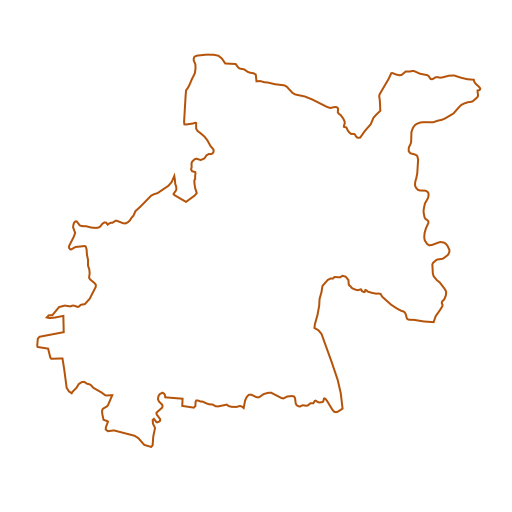 Buon Ma Thuot, Đắk Lắk, Vietnam, rotated 184°
{"feature_id": "81297802B34862108658790", "entity_name": "Buon Ma Thuot", "entity_type": "district", "adm_level": 2, "iso_a3": "VNM", "parent_name": "Vietnam", "parent_adm1": "Đắk Lắk", "projection": "natural_earth1", "projection_center": [108.009, 12.661], "detail": "fine", "context": "isolated", "style": "outline", "palette": "amber", "viewbox_px": 512, "rotation_deg": 184, "n_neighbors": 0, "source": "geoboundaries", "source_scale": "gbopen_adm2", "svg_char_len": 6034}
<svg xmlns="http://www.w3.org/2000/svg" viewBox="0 0 512 512"><g transform="rotate(184 256 256)"><path d="M74.2,202.4L72.6,208.4L68.4,215.4L66.6,218.9L66.5,220.4L67.3,221.7L67.3,223.2L67.1,223.7L65.6,225.3L64.9,226.7L63.9,229.7L63.7,232.7L64.1,234.2L65.3,236.1L70.8,242.4L73.9,244.5L77.4,248.2L78.4,251.0L79.5,260.0L78.9,261.5L76.1,264.4L74.6,265.2L70.2,266.1L68.9,266.7L65.2,269.9L64.3,271.0L63.4,273.4L63.5,275.6L65.5,279.2L66.6,280.5L67.8,281.6L69.5,282.5L72.9,282.8L74.9,282.2L80.9,279.4L83.9,278.7L86.2,280.0L88.7,283.3L89.3,285.4L89.5,287.2L89.4,290.9L88.4,295.5L86.4,300.8L86.3,301.8L86.5,302.6L87.5,303.7L89.4,304.7L90.6,306.4L91.9,311.4L92.0,313.2L91.7,316.5L91.1,320.3L88.8,325.1L88.3,326.6L88.1,328.9L88.3,330.6L89.6,332.2L91.7,333.0L97.1,332.8L99.0,333.2L101.1,335.2L102.2,337.2L102.4,339.4L102.2,342.0L101.6,344.3L100.9,349.7L101.0,363.4L102.0,366.7L102.5,367.4L104.7,368.4L109.1,369.2L110.9,371.0L111.2,374.0L110.9,375.5L109.5,378.9L109.2,381.2L109.6,390.3L108.7,393.9L108.0,395.5L106.4,397.9L104.5,399.2L101.5,400.6L98.7,401.1L88.5,401.8L84.0,403.7L80.1,404.8L77.0,406.4L68.9,412.0L64.3,418.1L61.8,421.0L59.1,422.6L55.3,424.2L52.6,424.7L50.7,425.4L46.7,429.3L45.9,430.5L45.7,432.1L46.3,434.5L46.5,436.6L44.7,437.1L44.2,437.6L44.0,438.9L46.0,440.9L48.7,442.9L50.5,445.2L51.0,447.0L57.7,447.1L64.2,448.2L70.9,449.9L76.2,449.3L83.0,447.0L85.0,446.7L87.4,447.1L89.6,446.7L91.3,445.3L92.8,444.6L94.1,444.7L96.3,447.5L97.6,448.3L105.2,449.3L110.9,451.4L112.3,451.6L115.8,450.7L119.5,450.5L123.4,446.8L125.5,446.3L128.8,446.8L132.6,448.0L133.8,447.8L136.1,441.8L143.8,426.3L144.3,424.3L143.3,419.6L142.1,409.6L146.4,404.8L148.5,402.0L150.7,395.5L156.3,388.1L160.3,381.4L162.3,381.0L163.6,381.4L164.8,382.5L165.6,383.9L166.7,384.6L169.6,384.4L171.3,385.5L173.0,387.3L174.8,390.5L177.3,391.0L177.4,391.9L176.7,394.8L177.1,396.6L178.7,399.4L181.4,402.5L183.5,403.8L184.4,405.1L184.4,408.4L184.7,409.3L185.6,409.9L186.2,410.1L188.1,410.1L192.3,408.8L195.9,409.8L210.9,416.1L218.3,418.5L228.2,419.9L230.9,421.2L237.2,427.1L239.6,428.2L249.2,428.7L256.4,429.9L259.7,429.9L263.9,430.8L267.7,430.3L268.9,437.0L271.1,438.1L275.1,438.5L277.0,439.1L281.0,441.4L285.2,441.8L286.9,442.8L289.7,446.1L300.1,445.9L303.9,450.7L307.6,453.2L312.4,453.8L319.5,453.4L328.7,451.8L330.5,451.0L331.5,450.1L331.9,448.4L331.8,446.9L329.8,442.8L329.4,438.7L329.8,433.9L332.3,427.9L334.4,421.8L335.7,418.9L337.3,416.4L337.4,411.2L337.1,384.6L336.6,382.3L335.0,382.3L328.4,383.7L326.0,384.7L325.0,384.5L324.6,378.9L323.0,376.6L320.0,374.7L315.6,371.4L312.6,368.0L309.1,362.6L305.8,359.2L305.6,356.9L306.5,355.3L308.0,354.5L310.1,354.5L312.5,352.9L314.2,349.8L317.8,347.9L322.5,348.9L324.2,348.0L326.2,345.8L326.8,344.1L326.4,339.9L326.8,337.9L325.7,336.1L322.5,335.5L322.1,333.9L322.3,332.1L322.1,328.5L322.8,327.2L322.4,323.8L321.5,319.7L319.5,314.7L321.2,312.2L329.6,305.1L341.3,310.9L342.4,311.7L342.6,312.2L340.3,316.0L340.1,317.3L340.5,319.7L341.6,322.3L342.3,326.7L343.1,330.1L345.2,324.1L348.2,320.0L358.5,311.9L362.3,310.4L364.8,308.9L375.1,296.8L379.3,292.5L381.1,287.6L383.0,285.2L384.2,282.8L386.1,280.8L388.2,279.4L390.8,279.4L397.2,281.4L398.5,281.4L401.6,279.1L402.8,279.1L404.4,278.4L406.2,276.9L407.7,278.8L409.6,278.9L411.6,277.3L413.6,274.3L415.8,273.1L418.7,272.8L422.4,272.9L427.3,273.8L432.0,273.7L433.9,274.2L437.3,278.0L438.5,278.0L439.8,276.5L440.3,274.6L440.5,271.9L438.0,266.4L439.3,262.0L443.2,252.8L443.0,251.0L441.9,249.8L440.9,249.6L436.7,252.4L427.5,254.0L426.6,253.6L425.5,251.0L424.7,245.3L423.3,240.5L422.9,234.7L421.3,230.7L420.7,226.8L421.0,223.5L420.8,222.3L419.9,221.1L415.3,217.8L413.8,216.2L413.7,214.0L419.0,201.6L423.3,196.2L424.5,195.7L426.1,195.5L427.6,194.9L429.0,193.3L430.3,192.7L433.2,193.6L435.0,193.8L436.0,193.6L437.2,192.9L438.5,192.8L443.3,193.2L448.9,191.3L455.0,182.8L458.7,182.3L460.4,180.1L457.7,179.7L453.0,180.4L444.0,182.8L442.5,166.6L466.4,160.3L467.9,158.2L468.0,151.4L467.5,150.0L456.9,149.1L454.2,140.6L453.1,139.2L441.9,140.3L439.3,129.0L435.7,111.3L433.2,107.9L430.3,106.2L429.6,107.7L425.8,112.1L423.9,115.9L421.1,118.0L418.6,118.5L415.7,116.8L413.2,116.4L411.7,115.7L409.0,113.1L400.8,109.2L396.9,106.7L395.8,106.4L389.7,107.1L393.2,97.0L394.2,95.6L398.1,92.9L398.8,90.8L398.3,87.6L396.7,82.0L393.1,81.0L392.1,80.5L393.8,74.7L393.8,72.4L391.5,70.9L385.6,72.1L364.6,68.2L360.7,66.1L354.3,59.8L347.3,58.2L345.9,60.0L345.9,68.8L344.7,77.4L347.1,81.6L347.6,85.2L346.5,86.4L343.7,83.3L343.0,83.1L340.8,84.2L340.1,85.3L340.3,86.7L344.0,90.9L344.4,92.7L339.0,98.2L338.7,99.8L339.3,101.2L342.6,104.0L343.8,106.3L343.6,109.2L342.4,111.5L339.8,113.1L338.3,112.4L337.3,111.3L336.6,108.7L319.3,108.5L319.1,101.3L307.4,100.4L306.0,102.1L306.1,106.3L305.5,107.7L303.7,107.8L300.9,106.9L299.2,107.1L294.8,105.4L292.2,104.8L288.9,104.8L285.8,103.3L283.3,103.3L274.8,105.7L272.9,104.4L269.5,103.8L264.9,104.1L261.4,105.3L259.2,104.6L257.7,103.5L256.8,111.0L255.8,113.8L254.8,115.6L253.3,117.1L251.0,117.3L245.7,115.2L243.2,115.2L238.7,118.8L234.5,120.3L231.4,120.7L220.8,116.1L218.7,115.8L215.1,118.0L210.5,118.8L208.2,118.5L207.1,116.8L206.2,112.0L205.1,110.0L203.2,109.1L201.7,108.9L199.0,110.4L195.6,110.1L193.9,110.5L191.4,112.9L188.5,113.1L187.4,115.4L186.4,115.9L184.0,114.5L182.8,114.3L180.2,114.7L178.8,115.5L178.2,118.6L177.7,118.8L176.5,118.1L175.0,116.4L169.1,108.0L167.0,106.0L165.1,105.8L163.2,106.6L159.0,109.8L161.9,125.1L165.8,137.9L172.7,154.5L185.2,182.8L188.6,186.3L192.7,188.3L192.5,192.0L190.5,201.8L189.5,210.9L189.6,217.6L188.2,224.3L187.6,230.8L182.8,237.1L179.9,238.8L177.8,238.8L176.3,240.5L170.6,240.6L168.3,242.3L165.1,241.6L162.1,238.4L161.6,234.6L161.0,233.2L159.6,232.4L158.5,231.0L157.0,230.2L153.8,229.2L151.8,229.0L149.2,230.1L148.6,229.8L148.0,228.4L145.8,227.5L145.0,227.9L144.5,229.7L143.6,229.5L141.9,228.2L138.0,227.4L133.8,226.8L130.8,227.1L129.0,226.8L127.3,224.2L117.9,216.9L112.1,213.6L107.2,211.4L105.0,211.0L103.6,210.0L102.5,208.3L101.2,204.4L100.5,203.6L98.9,203.1L93.7,203.3L84.0,202.4L74.2,202.4Z" fill="none" stroke="#b45309" stroke-width="2"/></g></svg>